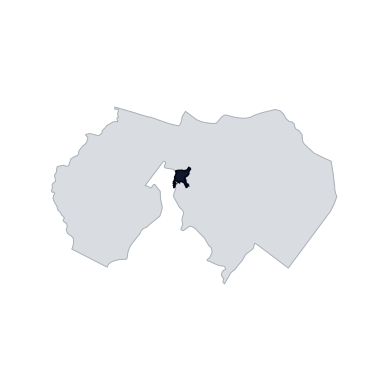 location of Masaiti, Copperbelt, Zambia, rotated 217°
{"feature_id": "96606910B87020590647468", "entity_name": "Masaiti", "entity_type": "district", "adm_level": 2, "iso_a3": "ZMB", "parent_name": "Zambia", "parent_adm1": "Copperbelt", "projection": "robinson", "projection_center": [28.591, -13.342], "detail": "fine", "context": "in_parent", "style": "filled", "palette": "ink", "viewbox_px": 384, "rotation_deg": 217, "n_neighbors": 0, "source": "geoboundaries", "source_scale": "gbopen_adm2", "svg_char_len": 7399}
<svg xmlns="http://www.w3.org/2000/svg" viewBox="0 0 384 384"><g transform="rotate(217 192 192)"><path d="M245.8,252.5L231.8,252.5L226.8,253.8L222.6,255.7L217.6,258.6L214.8,260.7L214.0,261.9L213.6,264.4L213.6,268.3L213.1,271.2L211.6,273.8L204.0,276.9L199.1,279.4L194.3,282.5L190.6,286.4L188.1,291.2L184.0,297.2L175.3,307.9L170.3,309.9L166.1,309.4L161.0,307.2L156.9,306.8L153.9,308.2L151.2,307.8L148.6,305.5L146.5,304.7L144.8,305.3L142.6,305.2L138.6,304.0L135.1,300.1L133.2,298.6L131.7,298.0L127.6,297.4L118.0,296.5L108.1,298.4L99.4,300.3L90.5,291.8L81.8,282.8L80.0,280.5L76.8,277.5L74.4,276.1L73.5,275.3L71.1,267.3L69.8,260.0L69.3,189.2L108.4,189.2L110.9,188.9L111.0,188.2L109.2,184.4L109.3,183.0L109.8,180.5L111.4,175.3L111.5,173.6L110.7,168.1L110.8,165.0L111.2,158.7L110.9,156.5L111.8,153.7L112.1,151.8L112.5,151.0L112.1,148.9L111.2,141.4L110.8,138.2L113.1,138.7L113.9,140.2L114.4,141.9L115.4,142.0L118.2,143.0L119.2,144.4L119.8,147.4L119.5,148.9L118.6,150.2L119.5,151.3L121.3,152.0L122.4,151.8L125.6,149.7L128.5,149.0L129.9,148.5L136.4,147.1L137.7,146.4L138.6,146.4L139.2,147.0L138.7,149.1L138.5,151.0L139.3,154.6L139.9,156.2L141.3,157.4L142.2,158.1L143.3,159.3L145.6,159.1L150.5,160.9L152.1,161.8L154.1,162.6L155.6,162.9L160.7,163.6L166.1,164.6L168.9,164.7L170.9,164.4L172.3,163.9L173.2,163.3L173.5,162.8L175.6,156.0L176.6,155.5L177.9,155.2L178.7,155.8L179.6,160.1L183.5,163.9L184.8,167.1L185.8,169.9L186.7,170.7L188.2,171.6L190.5,172.0L192.6,172.1L203.1,176.8L204.3,177.6L205.6,180.2L206.4,183.0L207.2,185.3L208.5,185.7L209.8,185.9L211.0,187.4L211.9,188.8L215.0,194.3L215.4,196.5L216.9,198.0L219.0,198.6L220.8,198.7L221.9,198.1L224.6,196.9L226.7,195.6L228.2,195.1L229.1,195.4L229.8,196.3L230.3,199.1L231.8,200.1L232.9,199.7L233.3,198.6L233.3,198.0L233.3,169.0L232.4,169.2L231.2,170.0L228.4,170.1L227.3,170.7L227.0,171.6L227.2,172.8L227.2,174.5L226.8,175.3L225.6,175.6L223.8,174.9L220.6,174.1L218.0,173.6L216.1,171.4L213.5,168.1L211.8,166.5L207.7,163.0L207.0,162.3L205.8,160.7L204.7,158.0L203.7,154.9L203.1,152.9L204.1,149.8L206.5,139.7L207.0,136.6L209.0,133.4L209.2,130.5L208.4,126.9L208.6,124.8L208.9,113.3L208.3,109.7L207.0,105.6L204.0,100.0L204.0,98.8L208.6,95.1L209.9,93.8L212.3,90.8L213.9,88.3L214.9,86.2L215.3,83.6L214.5,81.1L216.1,80.6L253.6,74.1L254.1,75.8L255.2,78.7L256.5,80.8L258.1,82.7L259.5,83.8L260.4,84.1L266.2,84.0L268.3,85.1L270.1,86.5L270.5,88.8L271.7,90.1L273.0,91.2L273.5,91.4L274.5,91.1L276.0,91.1L277.5,91.5L278.1,92.0L278.2,93.9L278.6,94.7L280.6,95.0L282.6,95.2L284.5,96.4L286.6,96.6L289.0,97.2L290.1,98.5L292.7,99.9L295.8,101.1L299.2,103.2L299.3,103.8L299.9,105.0L300.5,105.9L300.5,107.1L300.8,108.3L301.7,108.6L302.4,108.7L303.1,107.8L304.0,107.9L305.0,108.4L305.4,109.8L306.1,111.6L307.4,112.8L308.3,114.1L308.0,116.3L307.4,118.3L309.1,120.2L311.4,122.1L312.0,123.0L312.1,125.8L312.5,126.7L314.0,129.1L314.7,130.6L314.7,131.5L310.6,136.1L308.0,136.8L306.9,137.8L306.3,138.7L307.9,143.3L308.7,145.1L308.0,147.3L306.4,151.0L305.6,151.3L305.5,154.1L306.0,155.1L306.8,155.9L307.1,157.8L307.0,162.6L305.9,167.9L307.8,172.6L308.4,173.1L310.9,173.2L311.4,173.6L310.8,174.9L309.0,177.0L305.7,178.6L301.0,180.3L300.1,182.0L299.4,184.5L299.9,185.9L300.6,186.8L300.4,188.9L299.9,191.2L300.1,193.0L299.9,194.6L299.2,195.3L298.4,197.7L297.4,200.1L296.6,201.2L295.4,202.4L293.6,203.3L293.6,203.8L295.7,204.9L296.2,205.7L296.4,206.2L295.6,207.4L296.5,208.1L297.7,208.8L298.8,210.3L300.1,213.4L300.3,213.7L300.6,213.7L301.3,213.4L302.6,212.2L303.6,211.7L304.7,213.4L285.2,220.9L280.6,222.4L273.8,225.0L271.6,226.0L269.8,226.9L251.6,232.7L248.8,233.9L242.4,236.8L242.2,237.3L242.2,238.7L242.8,241.5L243.9,244.0L244.9,245.4L245.5,249.2L245.8,252.5Z" fill="#d9dde1" stroke="#a8b0b8" stroke-width="1"/><path d="M213.1,203.4L213.2,203.2L213.3,203.1L213.5,203.0L213.6,202.9L213.7,202.7L213.8,202.6L214.0,202.5L214.2,202.4L214.3,202.2L214.6,201.9L214.9,201.7L215.0,201.7L215.3,201.7L215.5,201.4L215.8,201.2L216.0,201.0L216.1,200.9L216.3,200.5L216.4,200.4L216.6,200.2L216.8,200.0L216.9,199.9L217.0,199.9L217.1,199.6L217.4,199.4L217.6,199.3L217.9,199.0L218.1,198.9L217.5,198.9L217.1,199.1L216.9,199.2L216.7,199.3L216.5,199.0L216.3,198.8L216.4,198.7L216.4,198.4L216.5,198.3L216.6,198.1L216.4,198.0L216.2,198.1L216.1,198.3L215.8,198.2L215.7,197.8L215.8,197.7L215.8,197.3L215.7,197.2L215.5,196.9L215.5,196.6L215.5,196.2L215.4,195.8L215.2,195.3L215.0,194.8L215.0,194.7L214.9,194.6L215.0,194.5L215.0,194.3L215.0,194.2L214.9,194.1L214.9,193.9L214.9,193.6L214.7,193.4L214.6,193.1L214.4,192.9L214.2,193.0L213.8,193.0L213.9,192.8L213.7,192.8L213.4,192.9L213.4,192.7L213.2,192.7L213.3,192.5L213.3,192.3L213.2,192.2L213.4,191.8L213.3,191.5L213.1,191.4L212.9,191.3L212.9,191.1L213.0,191.1L213.3,190.9L213.2,190.7L213.0,190.4L213.0,190.1L213.0,189.8L212.9,189.7L213.0,189.3L212.9,189.3L212.8,188.9L212.6,188.9L212.4,188.8L212.3,188.3L212.1,188.1L212.1,187.7L211.5,187.8L211.5,187.6L211.4,187.4L211.2,187.4L210.9,186.6L210.9,186.3L210.7,186.3L210.6,186.0L210.4,186.0L210.3,185.8L210.2,185.7L209.9,185.6L209.7,185.2L209.3,184.7L209.2,184.8L208.9,184.8L208.8,185.0L208.7,185.0L208.8,185.0L208.8,185.7L208.8,185.8L208.9,186.2L209.3,186.1L209.5,186.7L209.7,188.5L209.8,188.4L210.0,188.4L210.2,188.5L210.4,188.6L210.7,188.6L210.6,189.4L211.9,189.6L212.1,190.4L212.3,191.3L211.2,191.5L211.0,191.4L210.8,191.4L210.3,191.8L210.1,191.9L210.0,192.0L210.0,192.3L209.9,192.5L208.9,191.1L208.4,191.8L208.2,191.9L207.9,191.9L208.0,192.0L207.9,192.1L208.1,192.2L208.0,192.4L207.9,192.5L207.8,192.8L207.9,193.0L207.7,193.2L207.7,193.3L207.5,193.5L207.3,193.8L207.2,193.8L206.9,193.9L206.9,194.0L206.6,194.1L206.4,194.1L206.2,194.2L206.2,194.4L206.0,194.5L205.8,194.6L205.7,194.6L205.4,194.5L205.2,194.5L205.1,194.4L205.0,194.5L204.8,194.5L204.7,194.6L204.5,194.8L204.4,194.8L204.2,194.9L204.1,194.6L203.9,194.5L201.8,193.5L199.4,192.2L199.3,192.5L199.1,192.8L199.3,193.0L199.2,193.0L198.9,193.2L199.0,193.4L199.2,193.5L199.1,193.8L199.2,194.0L199.1,194.3L199.2,194.5L199.2,194.8L199.0,195.0L198.9,195.0L198.7,195.0L198.8,195.1L198.8,195.3L198.9,195.5L199.1,195.5L199.3,195.5L199.3,195.4L199.2,195.4L199.2,195.2L199.3,195.2L199.5,195.1L199.7,195.3L199.7,195.2L199.8,195.1L200.1,195.3L200.2,195.1L200.3,195.3L200.5,195.4L200.7,195.2L200.8,195.1L201.0,195.4L201.2,195.5L201.3,195.5L201.6,195.7L201.7,195.8L201.8,195.8L201.9,195.7L202.0,195.6L202.1,195.4L202.2,195.5L202.3,195.3L202.5,195.4L202.5,195.5L202.8,195.7L202.9,195.9L203.1,195.9L203.1,196.3L203.3,196.4L203.3,196.5L203.4,196.4L203.4,196.5L203.6,196.6L203.7,196.8L203.8,196.8L203.9,197.0L204.0,197.3L204.3,197.3L204.4,197.5L204.5,197.5L204.6,197.8L204.7,197.7L204.7,197.8L205.0,197.8L205.1,198.0L205.3,197.9L205.4,198.0L205.4,197.9L205.5,197.9L205.5,198.0L205.8,198.1L206.0,198.1L206.1,198.4L206.2,198.5L206.3,198.8L206.2,199.0L206.3,199.3L206.3,199.5L206.4,199.9L206.3,200.0L206.2,200.0L206.3,200.2L206.3,200.3L206.2,200.6L206.1,200.8L206.1,201.0L206.1,201.3L206.0,201.5L205.9,201.6L205.6,201.8L205.4,202.0L205.5,202.2L205.6,202.4L205.5,202.9L205.4,203.0L205.3,203.8L205.4,204.0L205.5,204.4L205.5,204.5L205.7,204.8L205.7,205.1L206.0,205.3L206.3,205.5L206.8,206.2L207.0,210.0L207.0,209.9L209.3,209.8L209.3,209.2L209.3,208.5L209.2,207.4L209.1,207.2L209.2,206.9L209.1,206.7L209.4,206.3L209.5,206.3L209.8,206.0L209.9,205.7L210.0,205.4L210.2,205.2L210.3,205.0L210.6,204.9L210.6,204.6L210.3,204.4L213.1,203.4Z" fill="#0f172a" stroke="#020617" stroke-width="1.5"/></g></svg>